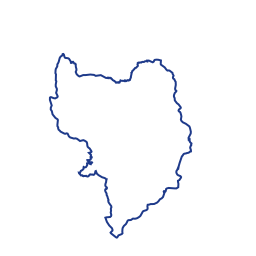 outline of Desesti, Maramures, Romania, rotated 245°
{"feature_id": "2599482B12376527067201", "entity_name": "Desesti", "entity_type": "district", "adm_level": 2, "iso_a3": "ROU", "parent_name": "Romania", "parent_adm1": "Maramures", "projection": "robinson", "projection_center": [23.796, 47.753], "detail": "fine", "context": "isolated", "style": "outline", "palette": "blue", "viewbox_px": 256, "rotation_deg": 245, "n_neighbors": 0, "source": "geoboundaries", "source_scale": "gbopen_adm2", "svg_char_len": 5739}
<svg xmlns="http://www.w3.org/2000/svg" viewBox="0 0 256 256"><g transform="rotate(245 128 128)"><path d="M175.3,186.4L177.1,184.2L177.9,182.7L178.4,181.1L178.2,180.4L177.3,179.4L177.1,178.2L178.8,176.6L179.9,175.8L180.5,175.0L180.9,174.1L180.4,174.1L180.2,173.9L180.4,173.8L180.5,173.2L180.8,172.9L181.2,171.9L181.3,171.4L181.1,170.6L181.3,170.2L181.3,169.9L181.8,169.1L181.9,168.6L181.9,168.3L181.7,167.8L182.3,166.8L182.2,166.2L182.7,165.6L182.9,165.0L182.8,164.3L182.6,164.2L182.1,164.1L181.7,163.5L180.6,163.4L179.9,162.9L179.6,161.7L179.2,161.0L179.2,160.6L179.4,159.9L179.0,159.0L178.6,158.5L178.6,157.8L178.3,157.5L177.9,156.7L177.9,156.1L177.6,155.7L176.8,155.1L176.7,154.9L176.4,154.6L176.4,154.3L175.9,154.3L174.2,153.0L173.9,152.8L173.5,152.4L173.0,152.2L172.5,151.9L171.3,150.4L170.9,150.3L170.8,150.2L170.9,149.8L170.7,149.6L170.7,149.0L170.7,148.7L171.0,148.6L171.1,148.4L171.4,148.2L171.3,147.6L171.5,147.4L171.5,146.8L171.3,146.5L172.0,145.9L171.9,145.6L172.1,145.5L172.0,145.4L171.6,145.3L171.6,145.2L171.9,145.1L172.0,144.8L172.4,144.8L172.3,144.3L172.6,143.9L172.7,143.6L173.0,143.3L173.1,142.8L173.4,142.3L173.7,141.8L174.3,141.3L173.2,140.1L173.3,139.7L172.9,139.4L173.3,139.0L173.2,138.4L173.7,138.2L173.6,137.7L173.9,137.1L174.0,136.6L174.1,136.3L175.0,136.3L175.4,135.9L176.0,135.6L176.4,135.6L176.7,135.2L177.2,135.0L177.8,134.4L179.2,134.1L179.3,133.9L179.6,133.7L179.9,133.8L180.4,133.7L180.7,133.2L181.1,133.0L181.2,132.5L182.2,131.1L182.2,130.9L181.7,130.9L182.8,129.1L187.4,125.7L188.9,120.8L190.5,119.6L192.4,116.4L193.8,112.2L194.9,109.8L195.1,106.5L195.3,105.7L196.8,104.8L198.5,104.2L200.9,104.3L202.2,105.7L203.3,106.2L205.2,106.5L206.7,107.0L207.6,107.5L208.5,107.5L209.1,106.6L211.2,106.2L211.5,105.2L210.8,104.5L211.2,103.8L212.5,104.2L215.6,103.8L216.3,103.4L217.3,102.1L217.6,101.3L218.3,100.6L219.5,100.5L221.4,100.9L222.4,100.7L222.6,100.0L221.5,99.0L221.2,97.1L220.3,95.7L217.2,93.1L216.1,91.8L215.6,90.9L213.7,89.9L212.0,87.5L211.0,86.8L208.4,85.4L207.1,85.4L201.7,82.7L200.7,82.8L197.8,80.8L196.2,80.1L193.7,80.1L192.5,79.6L190.2,77.7L186.5,77.7L185.7,76.9L185.6,74.5L186.5,73.2L188.3,71.5L188.7,70.7L188.5,70.1L186.5,69.1L180.7,68.4L179.0,66.6L177.4,65.8L175.5,66.1L172.2,65.4L167.8,66.5L165.7,67.8L164.8,67.8L160.8,65.4L159.4,64.8L158.1,65.0L157.4,64.6L155.9,64.4L154.0,65.2L153.3,65.3L149.9,67.9L149.3,68.6L149.1,70.1L148.4,70.9L145.4,70.9L143.9,71.6L141.3,74.5L140.8,76.1L139.7,77.3L136.5,79.0L135.9,82.3L134.9,83.3L133.0,84.5L132.3,84.6L130.8,84.3L129.9,83.9L128.2,83.5L127.1,83.8L125.6,84.6L122.8,85.0L121.9,84.9L121.8,84.7L121.7,83.9L122.0,82.1L120.6,82.6L119.5,83.1L118.9,82.9L118.1,82.2L117.4,82.8L116.9,82.8L116.5,82.6L116.4,82.1L116.8,81.5L115.3,80.9L115.2,80.6L115.2,80.0L115.4,79.1L116.1,77.6L115.8,77.5L115.3,77.5L114.1,78.4L114.1,78.6L113.1,78.9L112.7,79.7L112.7,79.9L112.5,80.3L112.0,80.9L111.8,80.9L111.7,80.7L111.8,80.0L110.9,79.0L111.7,78.2L112.5,77.8L113.2,76.6L113.3,76.2L113.3,75.9L113.1,75.8L111.8,75.5L111.2,74.8L110.5,73.7L110.3,73.2L110.8,71.7L111.4,71.3L111.2,71.1L110.6,71.1L109.7,70.3L109.6,69.8L109.2,69.1L109.2,68.5L109.0,67.8L109.1,67.2L108.2,66.0L107.7,65.7L107.7,65.2L108.2,64.6L107.7,64.5L104.8,65.4L104.7,66.1L104.4,66.6L103.5,66.8L103.1,67.3L103.2,67.9L102.5,68.9L102.4,69.8L101.4,70.4L101.1,70.9L101.0,71.5L101.3,72.2L101.3,72.8L101.7,73.1L102.0,74.1L101.9,74.3L101.3,74.9L101.1,75.8L100.2,76.7L100.1,77.0L100.1,77.6L100.3,78.1L100.7,78.5L100.9,79.0L101.3,79.2L101.5,79.6L101.8,79.9L102.4,80.0L102.6,80.2L102.6,80.7L99.8,80.5L97.7,81.4L94.2,83.8L93.1,85.1L92.1,86.0L91.5,86.4L90.5,86.5L90.4,86.8L89.1,85.7L88.5,85.5L87.8,84.9L87.2,84.2L85.9,83.3L85.2,83.1L84.6,83.1L84.0,83.2L83.3,83.6L83.0,83.7L82.4,83.4L82.2,83.3L82.3,83.0L82.0,82.8L81.9,82.5L82.1,82.2L82.1,81.8L81.7,81.3L81.3,81.0L80.7,80.8L79.6,80.7L77.8,80.9L76.2,80.3L75.2,80.4L74.0,80.3L73.2,80.1L70.9,79.9L70.6,79.4L69.1,79.0L68.0,79.1L64.3,79.8L63.6,79.6L63.1,79.4L62.8,79.1L62.6,78.7L61.8,78.2L60.2,77.7L58.7,76.6L56.2,76.1L55.3,75.4L54.9,74.2L56.1,70.8L56.3,69.6L51.8,69.2L47.6,69.8L44.0,71.1L42.5,71.0L41.6,70.6L40.6,68.0L39.9,68.0L34.1,70.9L33.4,71.5L33.4,72.0L34.7,74.0L34.5,77.5L34.9,78.5L36.6,79.1L38.8,80.3L39.8,81.1L41.0,82.9L41.8,85.5L43.0,87.2L43.8,88.0L44.2,88.8L44.3,89.4L43.4,91.7L43.8,94.2L42.8,96.0L42.5,97.4L42.4,98.4L42.7,100.7L43.1,102.1L46.0,106.1L46.2,106.9L45.8,110.1L46.2,111.3L47.0,111.9L48.9,112.5L50.1,113.4L49.6,114.9L49.5,116.3L48.1,119.5L48.1,122.8L48.7,124.6L49.9,126.8L50.0,128.8L50.7,130.6L53.5,133.3L55.3,133.5L55.6,134.0L55.2,134.6L54.6,135.0L54.9,135.5L56.7,136.9L56.8,137.8L56.5,139.5L53.8,144.3L52.8,146.3L53.1,148.5L56.1,150.1L58.2,150.6L59.1,151.0L59.1,152.5L60.6,155.0L61.1,155.4L62.2,155.2L64.0,153.5L65.0,153.0L66.5,152.9L67.5,153.1L68.5,153.7L69.3,155.0L70.9,156.7L70.5,156.8L72.3,158.1L74.6,160.1L79.5,164.8L79.7,165.5L80.7,167.1L80.9,167.7L80.9,168.2L80.4,170.1L80.4,170.8L80.1,171.9L80.0,172.8L80.4,174.2L80.1,175.0L80.3,175.3L81.9,175.8L83.5,175.9L84.2,176.2L85.3,177.3L85.5,177.9L86.4,178.2L86.5,178.3L86.6,178.6L87.2,179.0L88.8,178.3L89.2,178.4L89.9,178.2L91.0,178.8L91.8,179.1L91.8,178.1L93.5,178.7L96.5,182.5L98.1,183.4L101.9,184.2L103.5,184.3L107.4,182.2L110.0,180.1L112.0,179.4L113.3,179.5L115.9,181.3L117.6,181.7L119.8,182.0L120.5,181.9L121.3,181.3L122.3,181.1L123.2,181.9L123.6,183.8L124.0,184.4L124.7,184.5L128.0,183.8L129.9,182.8L133.2,182.1L135.4,182.9L137.0,182.9L138.3,183.5L139.9,185.1L140.7,187.0L141.1,187.5L142.7,187.0L143.9,187.4L146.8,189.5L149.7,190.7L151.2,190.5L152.6,190.6L153.7,189.9L154.2,189.9L154.9,190.1L155.3,190.4L156.1,191.4L157.1,191.4L158.2,191.3L159.2,191.6L162.3,190.0L162.9,189.4L163.4,188.0L164.8,187.4L167.4,186.9L171.6,184.6L172.4,184.8L175.3,186.4Z" fill="none" stroke="#1e3a8a" stroke-width="2"/></g></svg>